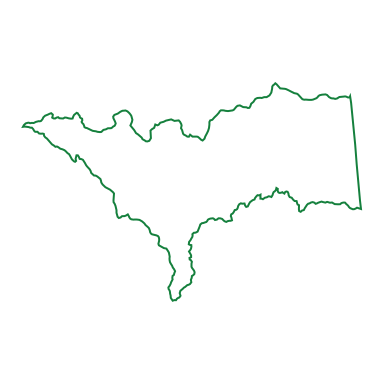 Encruzilhada, Bahia, Brazil (Robinson projection), rotated 180°
{"feature_id": "56859067B66592424293928", "entity_name": "Encruzilhada", "entity_type": "district", "adm_level": 2, "iso_a3": "BRA", "parent_name": "Brazil", "parent_adm1": "Bahia", "projection": "robinson", "projection_center": [-40.923, -15.536], "detail": "fine", "context": "isolated", "style": "outline", "palette": "green", "viewbox_px": 384, "rotation_deg": 180, "n_neighbors": 0, "source": "geoboundaries", "source_scale": "gbopen_adm2", "svg_char_len": 6051}
<svg xmlns="http://www.w3.org/2000/svg" viewBox="0 0 384 384"><g transform="rotate(180 192 192)"><path d="M23.0,175.0L24.0,183.4L27.3,219.6L28.8,239.2L32.9,281.2L33.9,287.8L34.5,286.5L36.2,286.6L37.6,287.3L38.9,287.6L40.4,287.4L44.6,287.0L47.0,285.5L48.8,285.1L50.6,285.6L51.9,285.6L53.1,285.9L54.9,286.9L56.9,289.0L58.5,289.6L62.1,289.3L64.5,288.7L65.6,287.9L66.7,286.5L67.8,285.7L71.0,284.4L72.8,284.1L74.6,284.1L78.2,284.4L79.8,284.3L81.6,284.8L86.0,289.6L87.1,290.3L89.9,290.9L96.6,294.3L98.2,295.0L99.3,295.2L103.8,295.6L107.4,299.7L108.7,300.7L109.9,299.4L111.0,298.6L111.7,297.5L111.9,295.2L112.7,291.4L114.5,288.6L117.3,286.9L119.7,286.9L122.3,286.0L123.9,286.2L126.7,286.0L128.7,285.0L130.6,282.1L132.8,280.3L133.7,277.7L134.6,276.2L136.1,276.0L137.6,276.7L140.8,276.9L144.1,278.6L146.5,278.2L147.7,277.2L150.2,274.2L151.4,273.6L156.0,272.9L158.7,273.2L160.2,273.6L163.0,273.7L164.3,272.7L165.0,271.4L167.2,268.9L169.6,266.6L171.7,264.2L173.8,263.6L174.6,262.0L174.6,259.3L175.0,256.0L175.9,253.1L177.1,250.6L178.8,247.4L179.5,245.3L181.4,243.5L182.7,244.1L184.7,246.0L186.2,247.2L187.3,247.4L191.5,247.4L193.9,249.3L195.1,247.3L196.7,247.4L198.1,248.4L200.1,249.4L200.9,250.3L201.9,253.9L203.0,255.8L202.4,258.4L202.7,259.8L203.9,262.1L205.3,263.6L209.5,263.1L212.8,264.6L218.0,263.4L220.4,262.2L223.7,261.3L225.4,259.2L226.6,258.7L228.7,259.5L229.8,256.2L232.2,254.7L233.5,253.4L233.1,245.8L234.7,243.2L236.5,242.6L238.1,242.7L239.3,243.6L241.5,244.8L242.3,246.4L246.0,249.6L248.0,250.9L249.8,253.9L253.6,258.5L252.1,262.0L251.6,264.2L252.6,267.9L253.2,269.0L254.6,270.8L256.5,272.6L258.4,273.5L261.7,273.2L263.7,272.2L266.2,270.4L269.6,269.1L270.8,267.4L270.6,265.8L269.0,262.5L268.3,260.6L268.8,259.2L269.5,258.1L270.8,257.5L271.9,256.4L273.0,255.8L276.2,255.7L278.0,254.7L280.6,254.1L282.6,252.1L284.0,251.9L286.6,252.2L288.1,252.7L289.6,252.9L291.4,253.2L297.2,256.0L298.4,256.2L299.5,256.8L300.0,258.5L300.6,259.9L301.6,260.8L302.4,262.1L301.7,263.6L301.9,265.3L302.9,265.7L304.0,266.6L304.5,268.4L305.5,269.4L306.2,270.7L307.3,271.2L309.9,269.1L310.8,267.4L311.4,265.5L312.9,265.3L315.4,265.7L317.4,266.3L319.1,266.5L320.9,265.5L322.9,265.6L324.7,265.8L325.8,266.8L327.4,266.4L328.9,265.5L330.5,265.6L331.8,266.4L331.3,268.1L331.2,269.4L332.8,270.8L334.5,270.2L336.1,269.4L338.9,268.3L340.7,266.6L341.4,265.0L342.9,263.1L344.1,262.7L345.4,262.8L348.1,262.1L350.3,261.0L352.3,261.1L353.9,260.8L355.2,261.3L356.3,261.2L358.3,260.6L360.1,258.9L361.0,257.2L359.7,257.4L358.1,257.3L355.2,256.9L353.6,256.3L352.1,256.3L350.8,254.9L349.8,253.1L348.8,252.2L346.5,252.2L344.9,250.5L343.2,250.3L341.3,250.4L340.2,250.1L339.9,248.2L338.7,246.6L337.1,245.5L332.0,239.6L330.3,238.6L328.6,237.2L327.1,237.5L325.7,236.8L323.7,235.3L321.5,234.7L319.5,233.8L318.2,232.7L316.5,230.9L314.9,229.8L314.0,228.3L312.1,224.7L310.9,223.5L309.9,222.6L308.9,222.2L307.9,223.1L308.4,225.1L307.5,228.7L306.2,228.7L305.2,227.2L304.3,225.1L302.6,224.9L301.1,224.2L299.1,221.1L298.0,219.0L297.0,217.6L294.3,214.7L293.4,213.1L292.8,211.1L290.0,208.5L288.3,208.4L286.7,207.5L283.6,205.0L283.0,203.2L282.7,201.5L281.4,199.5L278.6,196.8L273.9,194.3L271.0,191.8L270.0,190.5L270.5,183.6L270.4,181.8L269.4,180.3L268.5,178.1L267.5,173.8L267.5,171.2L266.4,167.2L265.2,166.0L263.4,166.5L262.2,167.7L261.0,167.9L259.5,167.9L258.1,168.4L256.2,169.6L255.3,168.1L254.7,166.7L253.8,165.4L252.7,164.7L250.7,164.4L248.1,164.5L246.6,164.4L244.5,164.1L241.9,162.6L239.6,160.6L238.5,159.0L236.2,157.0L235.1,155.9L234.3,153.9L233.8,151.7L233.1,150.5L232.0,149.7L227.5,148.6L226.0,147.9L225.2,146.8L224.8,144.9L224.9,143.1L225.6,140.2L225.1,138.7L220.1,135.9L217.6,135.4L215.9,132.8L215.1,131.4L214.3,127.4L214.5,125.4L214.4,123.8L214.0,121.8L213.0,120.0L211.9,118.3L211.2,116.5L210.0,114.9L208.9,112.8L209.7,110.8L210.1,109.1L211.4,108.1L211.7,106.0L211.4,104.6L212.1,103.2L212.9,101.7L213.4,100.1L214.3,98.3L215.6,96.6L215.4,95.0L214.4,93.5L214.0,91.9L213.9,90.4L213.4,88.5L213.2,86.1L211.3,83.3L209.7,83.9L208.0,83.8L207.1,85.2L205.8,86.1L204.7,86.5L203.5,88.2L204.3,90.9L203.6,93.2L201.1,95.3L200.2,96.3L198.8,97.1L196.7,98.9L195.4,99.2L194.1,99.9L192.7,101.7L193.1,104.2L192.3,106.1L192.1,108.0L190.9,108.7L189.7,109.9L189.4,111.8L190.0,113.4L191.9,116.0L192.5,117.2L192.5,120.4L192.1,122.2L193.1,123.8L194.3,124.5L194.5,126.1L192.9,126.8L192.9,128.7L193.7,130.3L195.0,132.5L193.8,133.9L193.0,135.3L192.6,137.3L192.7,138.9L193.8,139.0L195.2,139.7L194.9,142.1L193.6,143.7L192.7,145.4L191.7,147.0L191.4,148.3L191.6,149.8L190.2,151.2L188.3,151.4L186.4,152.4L184.3,157.6L183.7,159.5L182.1,160.8L180.7,161.0L179.0,161.6L177.7,162.0L176.8,163.0L176.1,164.3L175.1,164.9L173.7,165.4L171.1,165.7L170.1,165.2L169.0,164.0L167.1,164.4L165.5,165.7L163.9,165.7L161.9,165.1L159.9,163.1L158.7,162.4L157.6,162.1L156.5,162.8L154.8,163.2L153.4,163.2L152.0,163.7L152.6,166.5L153.2,168.0L152.8,169.6L151.3,170.5L150.1,172.2L149.3,173.9L147.9,174.2L146.9,174.9L146.3,176.1L145.8,178.1L144.7,179.8L143.1,180.7L141.9,180.3L140.8,180.4L139.5,180.5L138.9,178.5L137.8,177.1L136.2,177.6L135.0,180.1L134.0,181.8L131.4,183.8L129.5,184.5L129.0,185.9L127.7,187.6L126.5,188.8L124.8,188.6L123.5,189.3L123.6,185.4L122.3,185.3L121.1,184.8L119.1,186.3L117.2,186.7L115.4,187.7L113.9,187.5L112.6,187.0L111.5,188.8L110.9,190.8L110.3,192.0L109.2,192.7L108.1,194.0L107.6,196.0L106.2,195.1L106.4,193.5L105.7,191.7L104.7,191.1L103.2,191.2L101.6,191.8L100.7,191.0L99.6,190.4L98.9,191.9L97.7,192.5L96.4,192.2L95.6,190.6L95.3,188.6L94.3,186.9L92.3,186.3L90.9,184.4L89.4,183.0L87.4,182.9L86.9,180.8L86.4,179.5L85.0,178.8L85.1,174.6L84.8,172.9L83.3,172.2L81.9,173.5L80.2,173.9L79.3,175.7L77.0,179.2L75.8,180.3L74.5,180.6L73.0,181.5L71.3,181.9L69.5,181.3L68.4,180.2L67.3,180.5L66.0,181.2L63.8,182.0L62.4,182.4L61.3,182.0L58.6,181.4L56.9,182.1L55.7,181.8L54.6,181.4L53.4,181.3L52.0,181.5L49.3,179.9L45.6,179.7L43.8,179.8L42.6,180.9L41.3,181.3L40.0,181.5L38.8,181.3L37.9,180.1L36.8,179.2L35.8,178.2L34.9,176.8L33.9,175.9L31.3,174.8L30.0,174.8L28.4,175.4L27.0,176.3L23.0,175.0Z" fill="none" stroke="#15803d" stroke-width="2"/></g></svg>